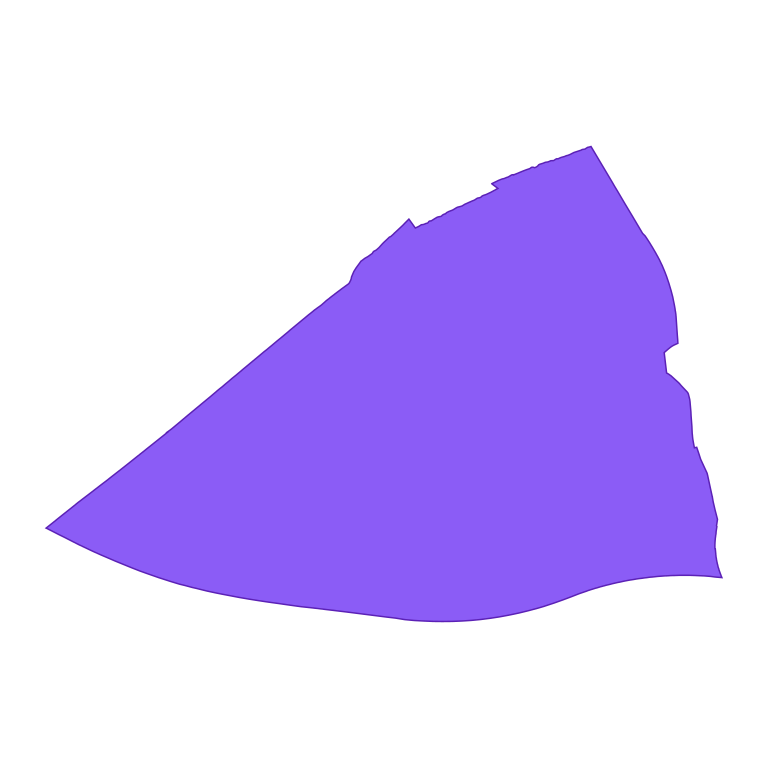 outline of Vlaardingen, Zuid-Holland, Netherlands
{"feature_id": "6326949B79705923764982", "entity_name": "Vlaardingen", "entity_type": "district", "adm_level": 2, "iso_a3": "NLD", "parent_name": "Netherlands", "parent_adm1": "Zuid-Holland", "projection": "equal_earth", "projection_center": [4.333, 51.923], "detail": "fine", "context": "isolated", "style": "filled", "palette": "violet", "viewbox_px": 768, "rotation_deg": 0, "n_neighbors": 0, "source": "geoboundaries", "source_scale": "gbopen_adm2", "svg_char_len": 6042}
<svg xmlns="http://www.w3.org/2000/svg" viewBox="0 0 768 768"><path d="M46.1,528.1L51.7,530.9L58.9,534.6L64.6,537.4L72.6,541.5L79.1,544.8L85.7,547.9L90.5,550.2L94.6,552.1L101.1,555.0L108.6,558.2L115.3,561.1L122.9,564.2L131.5,567.7L139.9,571.0L146.9,573.5L152.9,575.6L158.9,577.7L164.2,579.4L170.4,581.4L179.6,584.2L184.6,585.4L189.1,586.6L192.0,587.4L196.4,588.4L202.8,590.0L206.9,591.0L210.1,591.7L215.7,592.9L222.2,594.2L229.6,595.6L239.0,597.4L248.3,599.0L257.7,600.5L265.6,601.7L271.9,602.6L278.5,603.5L286.1,604.6L294.6,605.8L301.2,606.7L307.9,607.4L312.5,607.9L345.9,611.9L386.1,617.0L395.5,618.1L404.7,619.6L414.3,620.5L423.8,621.0L433.3,621.4L442.3,621.5L452.3,621.4L461.8,621.0L471.3,620.4L480.7,619.5L490.1,618.3L499.3,616.9L508.5,615.2L513.8,614.1L519.4,612.9L528.4,610.7L538.1,608.1L543.9,606.4L548.1,605.0L553.9,603.1L562.9,599.9L570.9,596.9L579.1,593.7L586.7,591.1L587.9,590.6L589.2,590.2L590.4,589.8L591.7,589.4L593.0,589.0L594.3,588.6L595.5,588.2L596.8,587.9L598.1,587.5L599.4,587.1L600.7,586.7L602.0,586.4L603.3,586.0L604.6,585.7L605.9,585.3L607.2,585.0L609.8,584.4L612.4,583.7L615.0,583.1L617.6,582.5L620.3,582.0L621.6,581.7L624.3,581.1L626.9,580.6L629.6,580.1L632.3,579.7L633.6,579.5L636.3,579.0L639.0,578.6L641.7,578.3L644.4,577.9L647.1,577.6L649.8,577.2L652.5,577.0L655.2,576.7L657.9,576.4L659.3,576.3L662.0,576.1L664.7,575.9L667.4,575.8L670.2,575.6L672.9,575.5L674.3,575.5L677.0,575.4L679.7,575.3L682.5,575.3L685.2,575.3L687.9,575.3L689.3,575.3L695.1,575.5L699.5,575.7L704.3,575.9L710.5,576.4L715.0,577.0L721.9,577.6L721.6,576.9L721.3,576.2L721.0,575.5L720.8,574.8L720.5,574.0L720.2,573.3L720.0,572.6L719.7,571.9L719.5,571.2L719.2,570.5L719.0,569.8L718.8,569.0L718.6,568.3L718.3,567.6L718.1,566.9L717.9,566.1L717.8,565.4L717.6,564.7L717.4,563.9L717.2,563.2L717.1,562.5L716.9,561.8L716.8,561.0L716.6,560.3L716.5,559.6L716.4,558.8L716.3,558.1L716.1,557.3L716.0,556.6L716.0,556.0L715.9,555.4L715.8,554.8L715.8,554.1L715.3,548.8L715.0,548.8L714.9,548.3L714.9,546.8L714.9,544.8L715.0,542.5L715.1,540.9L715.2,539.8L715.3,539.1L715.3,538.4L715.4,537.8L715.5,537.1L715.6,536.5L715.6,535.8L715.8,535.0L715.9,534.3L716.0,533.5L716.1,532.8L716.0,532.4L716.9,526.5L716.5,525.8L717.5,519.4L715.8,512.8L715.1,510.1L713.2,501.9L712.5,497.9L712.3,496.7L712.3,496.4L712.1,496.0L710.7,489.6L709.3,483.1L707.8,476.1L707.7,475.6L707.1,473.2L700.9,459.8L700.6,459.1L698.8,453.5L696.7,447.3L694.4,447.8L693.7,444.2L693.3,442.0L692.9,439.7L692.7,438.2L692.5,436.3L692.4,435.0L692.2,433.4L692.0,429.1L691.9,426.5L691.3,418.6L691.1,416.1L690.9,411.9L690.0,401.4L689.7,399.3L688.4,394.1L688.3,393.9L688.2,393.6L687.9,393.0L687.7,392.6L687.1,391.9L682.1,386.6L681.0,385.4L679.5,383.6L678.4,382.5L675.5,379.9L670.8,375.6L670.4,375.4L669.2,374.5L668.1,373.8L667.6,373.5L666.6,373.0L664.2,352.6L668.2,349.1L670.3,347.4L671.7,346.4L673.4,345.4L674.4,344.9L677.9,343.3L677.7,339.8L677.3,334.8L676.0,315.8L675.9,315.3L675.9,314.7L675.8,313.9L675.7,313.2L675.6,312.5L675.5,311.7L675.3,311.0L675.2,310.2L675.1,309.4L675.0,308.6L674.4,305.2L673.2,299.3L672.8,297.2L671.1,290.7L669.4,285.0L669.0,283.6L666.6,276.5L665.5,273.6L665.2,272.8L664.4,270.8L662.5,266.3L662.1,265.3L661.7,264.6L659.2,259.3L658.6,258.3L657.8,256.7L657.2,255.7L656.6,254.6L655.5,252.6L652.4,247.3L651.6,246.0L649.4,242.4L646.6,238.1L645.1,235.9L642.6,233.4L632.6,216.5L624.8,203.5L620.8,196.7L617.8,191.6L614.3,185.8L612.3,182.3L591.0,146.5L589.8,146.9L587.5,147.4L584.9,149.1L582.2,149.5L581.0,150.2L577.3,151.4L573.9,152.5L570.2,154.4L568.0,155.3L566.3,155.7L564.5,156.5L561.2,157.4L559.7,158.0L558.7,158.5L558.1,158.8L557.6,158.8L556.9,158.7L555.7,159.2L553.8,160.5L553.4,160.6L550.9,160.7L548.3,161.8L547.5,162.0L545.4,162.3L544.8,162.5L543.2,163.2L540.9,163.9L539.6,164.3L538.6,164.9L537.8,165.9L536.8,166.7L535.7,167.3L534.7,167.7L534.3,167.6L533.8,167.4L533.0,167.2L531.9,167.2L531.1,167.6L529.8,168.6L526.5,169.7L523.1,171.0L513.6,174.9L513.5,174.7L512.0,174.8L510.8,175.4L508.7,176.7L507.6,177.2L506.8,177.4L504.2,178.5L502.0,179.0L498.5,180.4L496.7,181.3L492.1,183.5L491.8,183.7L491.9,183.9L497.9,188.4L490.8,192.3L486.1,194.5L483.4,195.4L482.1,196.0L481.3,196.8L480.5,197.4L479.3,197.8L477.9,198.0L477.1,198.3L474.4,200.1L471.6,201.2L464.7,204.3L462.2,205.9L460.7,206.4L457.5,207.2L456.3,207.8L453.9,209.3L452.5,210.1L448.8,211.5L446.5,212.7L445.8,213.5L445.4,213.8L444.6,214.0L443.4,214.5L442.3,215.2L441.8,215.8L441.2,216.3L440.8,216.4L438.2,216.9L437.2,217.2L434.8,218.6L432.3,220.2L431.5,220.7L430.9,220.9L429.8,221.0L429.3,221.2L428.9,221.5L428.0,222.7L427.5,223.1L425.8,223.5L424.3,224.2L422.8,224.6L422.0,224.6L421.2,224.8L420.2,225.5L418.9,226.3L417.3,227.1L415.3,228.0L408.9,219.1L405.0,223.0L403.0,225.1L401.0,227.0L394.0,233.5L393.6,234.0L390.8,236.5L389.4,237.1L386.7,239.7L384.1,242.1L382.5,243.7L379.0,247.6L378.1,248.4L376.3,250.0L373.5,251.5L372.2,253.5L368.0,256.5L364.7,258.4L364.3,258.7L363.8,259.1L361.3,261.0L360.9,261.2L360.6,261.6L360.5,261.8L360.4,262.0L357.2,266.4L356.1,267.9L355.1,269.5L354.2,270.9L353.7,271.8L351.5,277.0L351.4,277.4L351.4,277.8L351.4,278.0L351.1,279.0L350.7,280.2L350.3,281.0L349.9,281.8L349.6,282.4L349.2,283.1L348.9,283.4L348.6,283.8L341.7,288.8L339.9,290.2L338.4,291.3L334.7,294.1L334.0,294.7L332.1,296.1L331.6,296.5L330.3,297.5L329.7,298.0L329.0,298.6L328.5,299.0L327.9,299.4L326.0,300.9L325.8,301.1L324.5,302.3L322.1,304.4L321.8,304.7L320.1,306.0L317.4,307.9L316.6,308.5L315.0,309.7L314.6,309.9L314.4,310.1L313.1,311.2L310.0,313.7L308.7,314.7L301.7,320.5L290.2,330.0L288.3,331.7L280.0,338.6L277.4,340.7L271.6,345.6L269.5,347.3L266.8,349.6L264.2,351.6L260.4,354.8L243.3,369.0L236.0,375.2L231.9,378.5L228.8,381.2L225.3,384.1L222.3,386.7L220.0,388.5L218.5,389.7L216.6,391.3L216.3,391.6L210.3,396.7L202.3,403.3L196.4,408.2L188.3,414.9L183.2,419.2L175.7,425.5L171.6,428.9L169.9,430.2L167.1,432.2L167.5,432.3L125.0,466.2L114.9,474.1L109.4,478.4L107.7,479.8L101.1,484.8L95.4,489.2L90.1,493.3L83.8,498.1L78.3,502.3L70.5,508.6L65.2,512.8L59.8,517.1L51.5,523.8L46.1,528.1Z" fill="#8b5cf6" stroke="#5b21b6" stroke-width="1.5"/></svg>